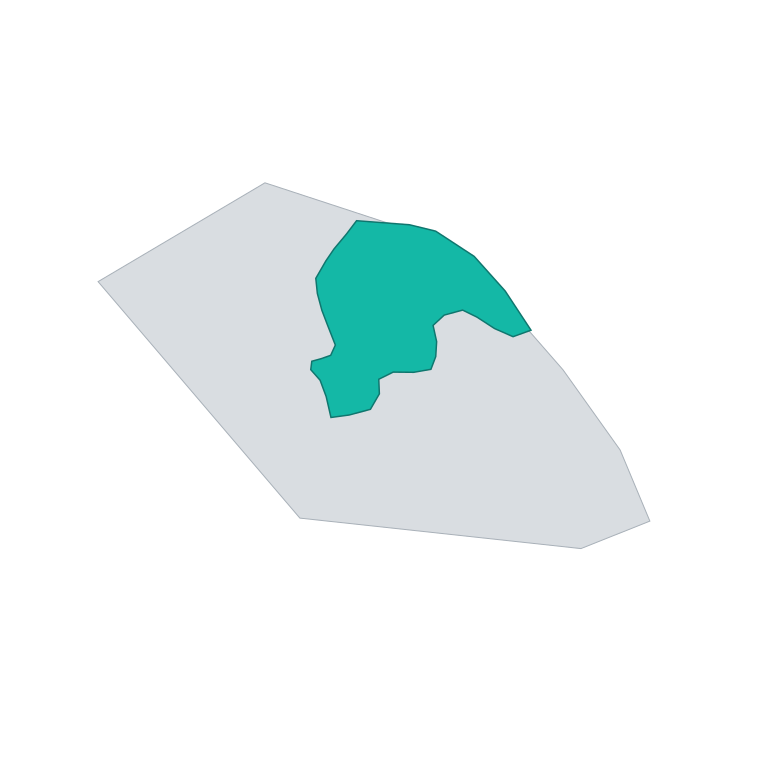 location of North West within Singapore, rotated 30°
{"feature_id": "SGP-4873", "entity_name": "North West", "entity_type": "state/province", "adm_level": 1, "iso_a3": "SGP", "parent_name": "Singapore", "parent_adm1": "", "projection": "albers", "projection_center": [103.808, 1.387], "detail": "fine", "context": "in_parent", "style": "filled", "palette": "teal", "viewbox_px": 768, "rotation_deg": 30, "n_neighbors": 0, "source": "natural_earth", "source_scale": "10m", "svg_char_len": 783}
<svg xmlns="http://www.w3.org/2000/svg" viewBox="0 0 768 768"><g transform="rotate(30 384 384)"><path d="M636.8,428.1L378.2,542.2L85.2,438.3L180.3,269.3L374.8,228.5L531.9,282.2L621.5,323.1L682.8,369.8L636.8,428.1Z" fill="#d9dde1" stroke="#a8b0b8" stroke-width="1"/><path d="M278.6,256.3L326.6,233.3L352.3,225.8L398.3,228.4L442.5,242.9L484.4,263.9L472.1,278.5L452.0,280.7L430.7,279.6L415.1,280.7L401.7,294.2L397.2,308.7L408.4,321.0L415.1,334.4L417.3,347.8L403.9,359.0L386.0,369.1L377.1,382.5L384.9,394.8L384.9,412.7L369.3,428.3L354.8,439.5L340.2,423.8L326.8,412.7L313.4,408.2L310.1,400.4L316.8,393.6L323.5,385.8L322.4,374.6L305.6,361.2L293.3,351.2L281.0,338.9L272.1,326.6L272.1,306.5L273.2,291.9L276.5,272.9L278.6,256.3Z" fill="#14b8a6" stroke="#0f766e" stroke-width="1.5"/></g></svg>